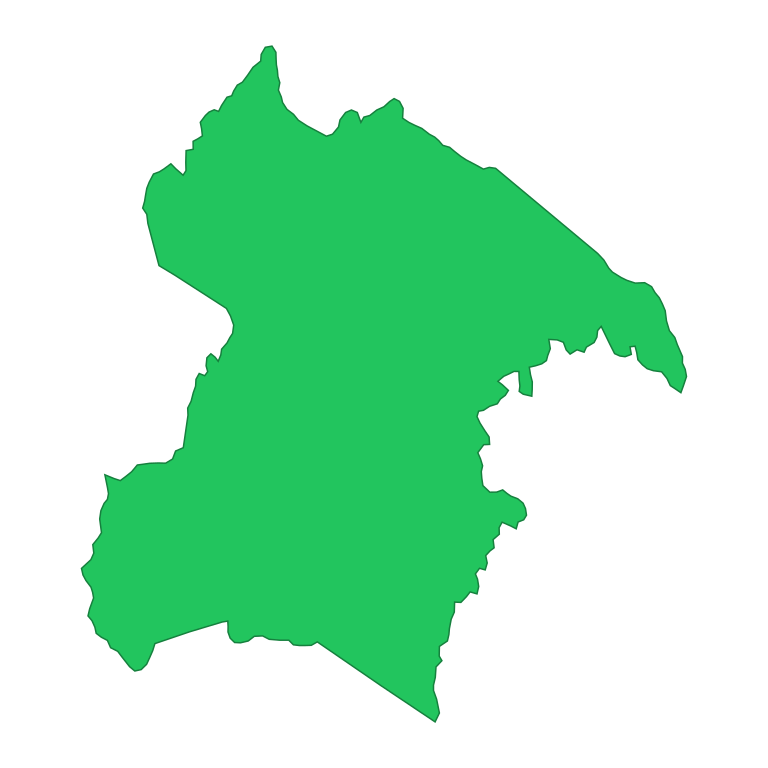 outline of Imbituva, Paraná, Brazil
{"feature_id": "56859067B92687138027542", "entity_name": "Imbituva", "entity_type": "district", "adm_level": 2, "iso_a3": "BRA", "parent_name": "Brazil", "parent_adm1": "Paraná", "projection": "albers", "projection_center": [-50.641, -25.225], "detail": "fine", "context": "isolated", "style": "filled", "palette": "green", "viewbox_px": 768, "rotation_deg": 0, "n_neighbors": 0, "source": "geoboundaries", "source_scale": "gbopen_adm2", "svg_char_len": 3840}
<svg xmlns="http://www.w3.org/2000/svg" viewBox="0 0 768 768"><path d="M493.1,539.6L499.3,534.2L499.1,527.7L502.1,522.2L510.8,526.0L516.2,528.8L518.1,522.0L523.7,519.8L526.5,515.2L525.5,508.6L523.1,503.2L517.8,498.8L510.8,496.1L506.8,493.3L502.7,489.9L496.7,492.1L489.8,492.2L482.9,485.6L481.8,478.3L481.3,471.6L482.6,465.8L480.5,458.9L477.8,452.7L483.7,444.7L489.6,444.4L489.1,437.0L485.0,431.0L480.0,423.1L477.0,416.6L478.6,411.2L483.5,410.3L489.6,406.3L497.3,403.8L500.4,399.0L505.3,395.3L508.4,390.4L502.5,384.9L497.9,381.3L503.7,376.3L509.4,373.7L514.0,371.4L518.9,371.5L519.2,379.7L519.9,386.0L519.2,391.4L523.2,394.2L531.8,396.2L532.2,389.4L532.3,381.9L530.5,374.8L529.3,367.2L535.5,365.8L541.8,363.8L546.4,360.6L547.7,355.6L550.3,348.7L548.8,339.4L557.2,339.9L563.4,342.3L566.2,349.9L570.1,354.1L577.0,349.8L584.1,352.2L586.4,347.1L594.1,342.5L596.9,337.1L597.6,330.6L601.2,326.4L609.9,344.3L614.6,353.6L619.9,356.0L625.1,356.7L631.3,354.4L630.0,346.8L635.1,346.2L636.7,352.5L637.9,359.8L642.5,364.9L647.2,368.7L653.4,370.7L661.6,371.8L667.0,378.5L670.3,385.6L674.9,388.6L680.9,392.7L683.4,385.8L686.5,376.5L685.2,369.3L682.4,363.1L682.5,356.6L677.3,344.6L674.8,337.5L669.4,330.7L666.5,321.0L665.2,310.7L662.4,304.0L659.3,297.8L655.0,292.6L651.6,286.7L644.7,282.7L635.2,283.1L626.8,280.3L621.1,277.5L612.4,272.1L608.8,268.2L603.9,260.1L597.7,253.5L514.6,184.2L495.6,168.3L489.3,167.4L483.4,169.1L474.6,164.3L466.0,159.8L460.7,156.3L454.7,151.6L449.6,147.3L442.7,145.3L438.8,140.7L434.7,137.1L429.3,134.2L421.8,128.4L414.8,125.3L408.9,122.4L402.6,118.2L403.1,108.3L399.5,101.4L394.1,98.6L389.7,101.5L383.9,106.8L376.8,110.0L369.8,115.5L363.9,117.1L360.9,122.4L357.3,112.5L351.4,110.0L345.6,112.5L340.0,119.9L338.5,127.0L332.5,134.2L326.4,136.2L307.1,125.9L298.3,120.2L293.5,114.3L287.0,109.4L282.6,102.6L281.3,97.0L278.4,90.1L279.8,82.7L277.9,76.5L277.4,70.3L276.4,64.9L276.1,59.5L275.9,52.3L272.0,46.1L265.3,47.3L261.2,54.4L260.7,61.1L253.0,67.3L247.7,75.1L242.4,82.2L237.3,85.1L233.7,91.0L231.7,95.8L227.0,97.2L221.6,105.4L218.6,111.4L214.2,109.8L209.0,112.1L205.4,115.5L200.3,122.3L201.6,128.8L202.4,135.9L197.5,139.0L193.1,141.3L193.2,149.3L186.1,150.6L185.8,162.4L186.0,170.6L183.1,175.2L175.9,168.9L170.9,163.8L164.0,168.9L159.4,171.8L153.5,174.0L149.2,182.2L146.8,188.3L145.5,195.6L144.6,201.3L142.7,208.1L146.8,214.3L147.9,223.5L159.0,265.6L175.2,275.4L226.4,308.4L230.5,316.0L233.7,325.1L232.6,333.4L229.8,337.7L227.0,343.0L221.6,349.2L220.8,355.0L218.2,361.3L215.1,357.2L210.9,353.8L206.9,357.8L206.1,365.8L207.7,371.7L204.7,375.7L199.2,373.5L196.0,379.3L195.6,386.2L193.3,392.7L191.1,401.3L187.7,408.1L188.0,415.2L183.3,447.7L175.6,451.0L172.6,459.0L165.6,463.2L158.4,463.0L149.7,463.3L144.0,464.1L137.3,465.0L131.6,471.8L126.0,476.3L120.3,480.6L114.2,478.6L104.9,474.8L107.5,487.7L108.5,493.7L107.4,499.4L104.1,503.4L100.9,510.7L99.7,519.0L101.5,532.7L98.1,538.1L92.8,544.6L93.8,553.1L90.9,559.7L81.5,568.4L83.0,575.0L86.0,580.6L91.0,587.2L92.6,592.3L93.6,598.0L89.7,608.7L88.0,615.9L92.0,620.7L94.9,627.2L96.2,633.3L101.3,637.2L107.4,640.4L110.6,647.7L117.7,651.3L122.3,657.4L129.6,666.7L134.8,671.0L141.2,669.6L146.6,664.3L149.8,657.3L152.7,650.7L154.9,643.6L189.6,631.8L222.2,622.0L227.8,621.1L228.1,626.6L228.0,632.0L230.2,638.2L234.6,642.5L240.5,642.8L248.2,641.0L254.3,636.3L262.6,635.9L269.2,639.3L280.0,640.2L288.8,640.2L293.4,644.8L299.3,645.5L305.2,645.5L311.3,645.3L317.3,641.9L380.9,685.6L435.1,721.9L439.4,713.0L436.6,699.2L433.5,690.5L433.5,685.1L435.3,677.4L436.0,666.9L441.9,660.7L439.2,656.1L439.4,646.4L447.4,641.0L448.9,634.5L449.4,628.6L451.2,619.2L454.3,612.1L454.6,602.1L460.9,602.4L466.4,596.7L470.1,591.9L477.0,593.9L478.7,586.5L477.5,579.1L475.4,573.9L479.5,568.3L485.2,569.9L487.2,563.0L485.7,555.6L490.0,550.9L494.1,547.8L493.1,539.6Z" fill="#22c55e" stroke="#15803d" stroke-width="1.5"/></svg>